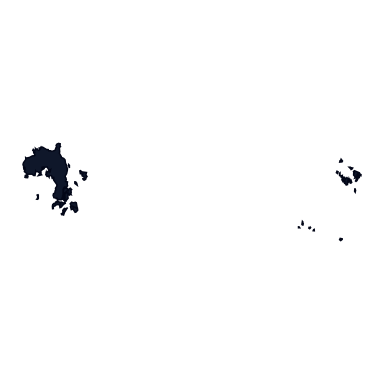 the district of Bintan, Kepulauan Riau, Indonesia
{"feature_id": "22746128B62804497316712", "entity_name": "Bintan", "entity_type": "district", "adm_level": 2, "iso_a3": "IDN", "parent_name": "Indonesia", "parent_adm1": "Kepulauan Riau", "projection": "equal_earth", "projection_center": [105.325, 0.913], "detail": "fine", "context": "isolated", "style": "filled", "palette": "ink", "viewbox_px": 384, "rotation_deg": 0, "n_neighbors": 0, "source": "geoboundaries", "source_scale": "gbopen_adm2", "svg_char_len": 5815}
<svg xmlns="http://www.w3.org/2000/svg" viewBox="0 0 384 384"><path d="M53.1,195.3L53.9,197.7L55.8,198.0L56.1,198.5L56.9,198.2L57.2,199.2L61.0,199.8L62.8,196.7L62.9,190.3L63.6,187.9L64.5,187.0L66.7,186.9L67.6,185.8L67.2,184.1L67.5,181.9L65.6,181.5L66.3,179.7L65.9,177.8L65.3,177.3L65.2,176.0L66.6,173.6L67.4,170.0L67.4,168.2L66.7,167.3L66.9,165.9L65.5,163.2L65.0,159.8L63.7,158.4L61.3,157.4L61.3,156.6L59.4,153.4L59.7,151.7L59.4,148.4L59.7,147.2L60.5,146.6L60.0,145.6L60.2,143.8L58.5,143.4L56.9,144.1L56.1,145.4L56.7,147.5L55.8,147.9L55.3,149.8L54.6,150.5L51.8,151.4L50.8,150.8L48.6,150.7L48.2,149.6L46.5,149.5L42.5,147.1L41.5,147.4L41.1,146.9L40.6,147.7L39.1,148.1L39.6,149.2L40.2,149.2L39.2,150.3L38.3,150.4L37.2,149.0L36.7,149.5L35.7,148.6L35.9,149.4L34.8,150.3L33.9,150.2L33.7,149.6L33.3,150.2L33.0,149.9L32.8,150.5L33.7,151.0L33.7,152.3L34.8,152.3L34.4,153.1L34.0,152.8L33.9,153.0L35.0,155.1L34.8,155.7L32.3,155.9L29.6,157.4L26.4,158.1L25.7,157.6L25.8,159.5L23.6,162.5L23.0,164.3L23.3,165.6L25.0,167.6L24.9,168.6L25.4,169.3L24.6,170.3L24.4,171.6L27.5,174.2L32.1,174.2L33.7,175.5L35.0,175.5L35.7,171.0L36.1,171.7L37.6,171.6L39.6,172.9L39.9,171.6L42.3,169.7L41.9,168.0L42.2,167.0L43.4,166.9L43.1,168.4L43.5,169.0L44.1,168.6L44.6,167.2L47.1,167.0L49.3,170.7L50.6,169.6L50.2,172.1L49.6,172.4L48.2,171.2L46.9,172.3L46.7,173.2L46.3,172.0L46.0,173.1L46.4,173.4L45.8,174.6L47.0,176.4L48.5,176.2L49.1,177.2L49.3,175.8L51.0,175.6L51.6,175.7L52.1,178.0L52.5,177.7L52.8,178.2L53.2,177.4L53.8,177.4L53.7,180.1L57.0,184.8L56.7,186.4L55.5,188.2L55.7,190.2L55.1,190.9L54.9,192.9L53.5,193.7L53.1,195.3ZM354.5,170.7L353.7,171.3L354.5,171.8L354.3,172.8L353.7,172.6L353.6,175.1L354.8,176.4L355.0,177.2L355.3,176.9L354.8,178.0L355.6,177.6L355.7,176.6L356.9,175.4L357.1,174.4L358.0,173.2L358.1,173.9L357.3,174.8L357.6,175.8L358.4,175.2L358.6,175.5L358.1,175.6L357.7,176.7L357.4,176.2L356.6,178.0L356.1,178.2L356.4,179.0L355.5,181.0L356.0,181.4L357.0,180.6L358.5,177.6L359.3,177.6L359.4,176.2L360.1,175.6L360.9,175.8L361.0,174.6L360.0,174.1L359.4,172.8L354.5,170.7ZM80.4,170.6L79.8,170.9L80.3,173.7L82.7,174.0L82.0,174.6L82.1,175.8L84.1,177.0L84.2,178.0L83.4,178.9L82.9,178.8L83.0,179.3L84.1,180.2L85.6,179.4L86.3,177.2L87.0,176.6L85.9,174.7L86.5,172.5L82.0,171.9L80.4,170.6ZM71.6,202.2L70.2,203.7L70.8,205.3L76.2,207.7L77.0,206.8L76.3,202.8L75.4,202.3L73.3,202.8L71.6,202.2ZM344.2,177.3L343.4,177.1L343.4,179.6L344.0,181.4L344.3,181.0L344.5,181.7L345.0,181.7L344.7,183.4L345.5,183.7L346.2,185.0L347.5,184.6L347.5,181.7L348.5,182.1L348.1,181.2L348.0,178.8L346.9,177.6L346.1,178.4L345.6,178.3L345.4,179.0L344.7,177.6L344.3,178.0L344.2,177.3ZM56.5,201.6L55.6,202.1L55.3,203.2L53.8,203.5L52.7,204.6L52.4,206.3L52.6,208.7L53.3,208.6L53.1,207.7L53.8,206.3L55.1,205.9L55.9,205.0L57.9,204.5L59.6,205.0L60.4,204.3L60.2,203.0L58.9,202.0L58.7,202.1L58.7,202.3L58.6,201.7L56.8,202.5L56.5,201.6ZM68.1,194.3L66.4,192.0L65.8,192.9L64.9,194.9L65.3,197.3L64.8,199.1L63.7,200.0L64.1,200.6L65.0,200.7L65.4,199.9L66.7,199.9L68.1,198.3L67.8,195.8L68.1,194.3ZM70.4,188.2L69.0,188.8L67.7,192.6L69.3,195.1L69.9,194.6L70.3,195.1L70.1,194.4L71.2,194.7L70.6,193.3L71.2,192.9L71.0,190.0L71.6,189.6L70.4,188.2ZM61.1,202.0L60.3,202.3L60.7,204.4L59.6,205.3L60.0,207.6L61.1,207.2L63.5,204.4L65.3,203.3L65.0,202.3L63.9,203.1L61.1,202.0ZM73.5,206.8L73.0,207.4L73.3,208.5L73.0,209.0L75.1,212.3L76.1,212.0L77.7,210.2L77.4,208.1L76.4,208.4L73.5,206.8ZM67.2,188.4L64.1,188.1L63.4,191.6L64.4,193.9L66.1,191.4L67.8,190.4L67.2,188.4ZM67.7,207.7L65.7,208.7L64.5,208.4L63.9,208.9L62.8,210.3L62.9,211.7L63.7,211.6L63.8,211.8L63.6,212.3L63.7,212.5L64.2,212.8L67.0,208.3L67.7,207.7ZM70.9,206.2L70.5,206.6L71.3,209.6L72.9,209.0L73.2,208.6L72.9,207.5L73.1,206.6L70.9,206.2ZM26.8,174.8L25.3,175.4L25.0,177.1L26.1,176.8L26.2,177.1L26.7,177.3L26.9,177.5L26.1,177.1L26.0,177.6L27.6,177.7L28.0,176.1L26.8,174.8ZM41.0,172.2L40.1,172.3L39.6,173.8L38.3,175.6L41.6,174.8L41.0,174.0L41.0,172.2ZM63.7,211.9L63.0,212.0L62.6,213.0L61.3,213.9L62.0,214.8L62.5,214.4L63.6,215.0L64.2,213.2L63.6,212.5L63.6,212.3L63.7,211.9ZM342.5,161.0L341.1,159.2L340.7,160.4L340.0,160.7L339.7,162.1L342.0,161.9L342.5,161.0ZM75.7,181.9L74.8,181.9L74.9,183.5L77.2,185.2L76.7,183.2L75.7,181.9ZM63.7,198.9L64.3,197.7L64.1,196.2L63.4,196.3L62.6,199.2L63.7,198.9ZM340.7,240.6L342.2,239.4L342.2,238.8L340.2,238.4L339.6,239.7L340.7,240.6ZM38.0,194.7L37.1,195.1L37.8,196.5L37.5,198.3L36.8,199.2L37.7,199.3L38.3,198.5L38.3,195.0L38.0,194.7ZM355.6,190.4L354.9,188.3L354.6,191.3L355.2,192.2L355.6,190.4ZM302.8,223.1L302.9,222.0L302.4,221.4L301.9,224.4L302.4,225.0L303.0,225.0L303.2,223.5L302.8,223.1ZM350.9,167.6L350.5,168.3L351.1,169.5L352.2,168.9L352.7,168.0L350.9,167.6ZM338.1,171.8L337.0,171.2L336.4,172.7L337.5,173.5L338.1,171.8ZM343.1,179.2L342.2,178.5L341.9,179.8L342.8,181.3L343.1,179.2ZM342.3,175.4L340.8,175.9L341.2,177.2L341.7,177.4L341.9,176.5L342.2,176.9L342.3,175.4ZM351.2,180.8L350.9,181.4L350.6,180.9L350.3,181.9L350.9,183.7L351.1,182.2L351.6,182.2L351.2,180.8ZM340.0,172.8L339.5,173.2L339.5,175.0L339.6,175.6L340.0,175.7L340.0,172.8ZM349.4,180.5L348.9,178.8L348.4,180.8L348.9,181.9L349.4,180.5ZM68.7,164.6L68.7,165.7L69.4,168.0L69.4,165.3L68.7,164.6ZM64.0,194.5L64.1,193.6L63.8,193.0L63.0,195.0L64.0,194.5ZM350.1,167.2L349.1,167.2L350.1,168.2L350.1,167.2ZM298.5,226.8L298.5,227.8L299.7,227.8L299.0,226.8L298.5,226.8ZM310.2,227.1L309.6,228.1L309.0,227.6L308.8,228.1L309.6,228.7L310.1,228.3L310.6,227.6L310.2,227.1ZM314.3,230.8L314.2,229.4L313.6,229.7L313.2,230.7L314.3,230.8ZM57.4,200.7L56.9,201.5L57.2,201.8L58.3,201.2L57.4,200.7ZM350.1,179.6L349.5,178.5L349.6,180.5L350.1,179.6ZM66.2,199.9L65.5,200.4L65.2,201.1L66.2,201.0L66.2,199.9ZM64.2,195.6L63.8,195.0L62.9,195.5L63.4,196.1L64.2,195.6ZM23.7,167.8L23.9,169.2L24.3,169.3L24.1,168.0L23.7,167.8Z" fill="#0f172a" stroke="#020617" stroke-width="1.5"/></svg>